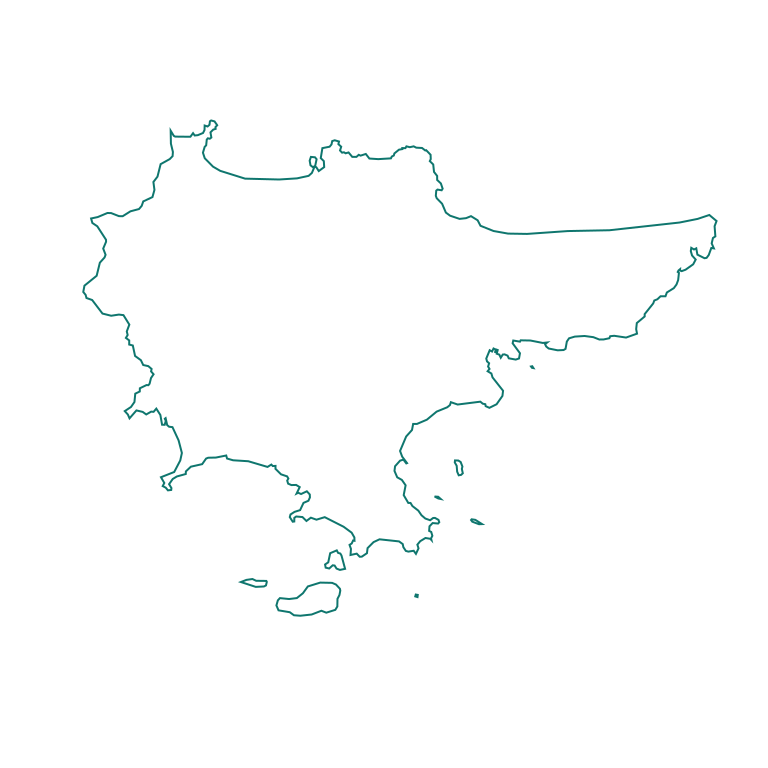 Thalang, Phuket, Thailand (orthographic projection), rotated 97°
{"feature_id": "78962969B19426862373274", "entity_name": "Thalang", "entity_type": "district", "adm_level": 2, "iso_a3": "THA", "parent_name": "Thailand", "parent_adm1": "Phuket", "projection": "orthographic", "projection_center": [98.366, 8.071], "detail": "fine", "context": "isolated", "style": "outline", "palette": "teal", "viewbox_px": 768, "rotation_deg": 97, "n_neighbors": 0, "source": "geoboundaries", "source_scale": "gbopen_adm2", "svg_char_len": 6153}
<svg xmlns="http://www.w3.org/2000/svg" viewBox="0 0 768 768"><g transform="rotate(97 384 384)"><path d="M334.9,689.8L336.2,683.9L348.4,672.0L349.5,663.1L347.4,655.6L347.4,651.0L356.1,644.0L363.2,645.7L366.6,644.4L369.7,645.8L371.8,642.2L375.9,641.7L376.4,638.0L386.5,634.5L390.0,628.2L394.5,625.3L395.0,620.1L397.4,616.5L399.9,616.7L402.4,613.9L406.5,616.0L412.3,616.7L413.9,617.7L414.0,619.6L418.0,625.8L421.2,625.5L423.9,629.7L432.3,629.5L437.6,632.3L442.5,638.0L445.5,634.5L449.1,632.4L440.4,626.5L441.1,620.1L443.2,616.3L439.8,611.7L439.7,609.3L436.2,607.0L442.0,602.2L451.5,599.3L451.2,596.7L447.2,596.1L445.2,597.3L444.5,596.6L451.2,594.2L452.6,592.1L452.6,588.7L465.0,581.0L477.1,576.2L484.7,576.9L496.9,581.5L503.7,594.0L509.0,590.0L512.3,591.2L513.5,588.0L515.9,585.5L515.1,582.3L513.2,582.3L509.6,585.1L504.0,582.1L501.0,578.3L497.5,569.8L494.9,570.0L489.6,565.6L485.7,554.7L479.7,551.5L478.6,549.5L477.5,541.9L474.2,531.9L477.1,530.7L478.1,524.5L477.2,509.3L480.5,489.5L477.7,486.0L479.0,484.4L478.5,481.7L481.4,481.4L486.2,475.2L487.5,468.9L489.5,467.4L491.7,468.3L494.6,467.0L495.6,463.6L494.9,458.9L496.6,455.1L503.4,457.4L502.4,455.9L503.3,452.9L499.9,447.5L502.7,444.2L505.6,443.7L509.1,444.8L511.8,449.4L519.4,451.9L521.8,457.2L524.9,460.9L527.6,461.3L531.8,457.8L531.4,456.3L527.8,456.7L526.2,455.0L526.0,448.7L529.4,444.3L525.6,440.3L526.9,434.5L523.4,426.6L530.6,406.7L535.5,398.0L539.9,394.7L543.2,394.2L543.1,395.6L546.2,396.6L547.9,398.6L551.7,396.7L557.8,396.4L555.7,390.4L558.4,387.1L558.1,385.0L554.0,380.3L548.9,380.3L542.2,375.1L538.7,369.5L538.4,349.9L540.6,345.9L543.6,344.9L547.0,342.0L547.4,339.4L545.9,334.2L548.7,331.6L542.9,329.7L539.4,331.3L535.6,328.9L531.8,324.1L532.0,319.2L533.1,317.9L531.5,318.5L528.8,317.5L525.1,319.1L524.3,321.3L519.7,321.5L516.1,318.8L515.9,313.3L514.4,312.3L512.2,313.4L510.7,317.1L511.0,318.9L513.6,321.6L512.5,326.6L509.7,330.8L505.5,334.5L501.7,340.9L498.8,343.2L499.1,345.4L491.9,350.9L481.9,350.2L477.0,354.6L475.0,359.5L469.0,363.0L464.3,363.0L458.1,358.7L456.7,355.5L460.1,352.2L459.7,351.5L453.9,357.1L448.5,359.9L433.4,355.6L426.2,350.6L420.1,350.2L419.6,346.4L414.2,337.1L405.0,328.4L399.4,318.4L396.9,316.0L393.9,315.4L395.4,308.4L389.8,286.2L391.5,283.6L391.7,281.0L393.6,280.4L394.8,276.5L390.4,269.8L381.4,265.0L376.2,265.0L364.2,277.1L360.5,278.7L358.7,282.7L356.2,281.1L354.0,282.8L350.6,282.2L349.0,284.5L346.3,285.6L337.6,283.2L338.6,280.7L335.4,279.6L336.2,277.3L339.6,277.7L336.1,276.7L336.4,275.3L340.2,275.8L340.8,273.1L343.7,271.3L340.3,269.7L339.9,267.9L340.8,264.8L343.3,263.3L343.7,256.2L342.2,253.1L336.9,252.8L327.9,261.3L325.1,261.0L325.4,254.2L324.0,253.7L323.0,244.0L323.9,231.4L322.9,227.1L324.8,229.0L327.0,227.6L328.7,224.9L329.4,215.8L328.4,209.9L327.0,208.1L319.6,207.7L316.1,205.9L313.7,200.4L311.9,190.8L312.0,181.9L313.6,175.7L313.0,171.4L311.1,165.9L309.0,165.3L308.1,161.4L308.4,149.4L303.2,139.0L298.8,140.4L292.7,140.5L285.2,133.5L282.9,133.8L271.2,126.6L268.2,125.9L266.6,123.0L263.2,120.2L262.6,115.3L258.7,114.4L253.5,108.0L249.6,105.8L245.0,104.7L237.8,104.8L237.0,106.1L235.4,105.5L233.9,104.1L235.3,104.0L235.7,102.3L233.8,98.6L227.5,91.7L222.5,89.8L218.9,93.9L214.7,95.7L211.4,95.6L212.7,92.7L211.3,90.6L217.4,88.7L220.1,81.2L219.5,79.2L216.4,77.4L209.1,75.7L209.2,73.1L204.5,75.9L199.0,75.3L197.1,73.1L187.1,75.1L181.7,73.8L176.6,81.7L181.9,92.8L187.7,110.3L203.9,178.9L209.8,220.2L217.6,260.3L219.6,279.2L218.8,293.9L215.2,307.5L210.1,311.0L206.8,318.1L209.4,322.8L210.9,329.1L208.9,338.9L206.3,343.5L198.0,348.3L193.2,354.3L190.9,355.5L185.7,355.7L184.5,354.6L184.7,350.4L183.0,349.6L178.0,352.0L175.0,356.1L171.0,356.6L167.4,360.2L160.1,361.9L157.2,365.7L155.1,365.0L150.8,365.7L146.8,370.6L147.2,371.5L145.1,375.0L145.5,380.8L144.5,383.5L145.8,387.2L145.4,390.7L147.3,391.5L147.6,394.6L148.6,394.4L149.6,397.7L153.9,401.8L156.0,402.1L157.3,404.0L159.2,404.6L161.5,417.1L162.0,426.0L157.9,430.1L160.2,435.1L159.6,437.0L161.9,439.0L162.4,443.2L158.5,447.4L159.7,450.2L158.9,452.0L159.5,453.8L157.6,456.1L153.7,455.4L151.5,458.5L148.8,458.2L148.1,462.6L149.2,465.0L152.6,465.3L155.1,466.9L157.4,473.9L167.5,474.3L170.1,470.9L176.0,469.8L180.6,474.7L177.1,477.6L176.6,479.4L183.3,481.3L186.6,484.2L190.5,495.4L193.8,513.0L197.1,546.9L192.4,572.5L189.1,580.2L181.8,589.4L176.5,591.9L170.5,590.9L168.8,589.6L163.0,589.7L161.6,588.8L161.8,586.8L160.4,585.4L155.4,586.9L152.3,584.5L151.3,582.2L149.6,582.6L147.5,581.1L144.0,584.2L143.5,587.7L144.5,588.8L148.0,588.8L149.9,590.5L149.3,593.5L153.8,593.1L156.9,594.2L159.7,599.1L160.4,602.2L158.3,604.1L162.2,606.3L163.9,621.4L163.3,622.9L158.6,626.6L171.4,624.8L179.4,621.8L183.6,621.6L186.9,624.1L193.0,632.5L205.8,634.1L211.6,637.5L219.3,635.5L226.7,636.6L232.1,645.2L236.7,646.2L240.2,648.5L243.5,656.7L249.3,663.8L249.7,667.5L247.6,675.7L248.0,679.4L253.2,688.5L255.4,694.9L259.7,693.1L262.4,687.8L274.7,677.5L276.7,677.2L283.8,679.2L289.7,676.1L292.5,676.8L298.2,680.8L311.6,682.4L322.9,693.3L329.3,693.7L331.9,691.0L334.9,689.8ZM602.9,404.0L598.9,402.5L594.4,402.2L592.6,402.8L588.9,407.2L587.7,411.3L588.9,423.1L594.2,434.9L601.6,439.0L607.1,444.4L609.0,452.0L609.2,461.2L611.7,463.0L616.9,463.8L621.5,461.1L622.0,449.7L624.5,445.2L624.2,438.8L621.6,427.7L616.7,418.5L618.0,413.4L614.1,404.8L610.5,403.2L602.9,404.0ZM573.8,415.9L570.2,412.8L570.2,410.9L573.0,408.6L573.9,405.1L572.2,400.1L559.4,405.3L557.6,406.7L557.2,409.0L554.9,410.6L558.5,416.8L567.8,417.6L570.3,420.5L573.4,419.5L573.8,415.9ZM598.3,476.6L594.7,476.2L593.8,476.8L594.9,486.9L593.6,490.8L595.2,496.7L598.0,501.9L601.0,486.6L599.6,478.5L598.3,476.6ZM464.8,296.4L463.0,294.9L458.8,296.4L456.4,296.1L452.1,298.4L450.9,300.9L451.2,304.2L453.2,304.2L456.3,301.9L462.1,300.7L465.5,298.7L464.8,296.4ZM176.1,478.9L169.1,478.3L167.4,480.1L167.5,484.2L171.4,485.0L175.9,483.6L177.4,481.1L176.1,478.9ZM508.4,281.0L509.9,279.6L511.6,272.6L511.1,269.6L507.7,276.8L507.6,280.5L508.4,281.0ZM591.0,327.1L591.4,324.8L589.2,324.8L589.1,326.8L591.0,327.1ZM491.2,313.7L489.3,316.5L489.5,320.1L491.0,316.2L491.2,313.7ZM348.7,240.2L349.9,239.1L350.0,237.6L348.3,239.0L348.7,240.2Z" fill="none" stroke="#0f766e" stroke-width="2"/></g></svg>